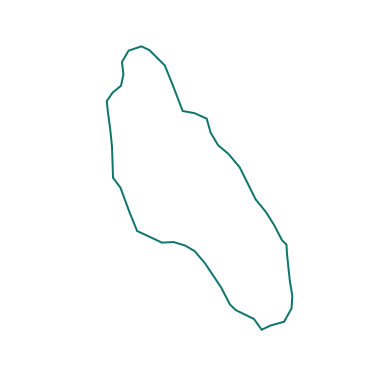 outline of Skara, Västra Götaland, Sweden, rotated 68°
{"feature_id": "70781695B33450377436150", "entity_name": "Skara", "entity_type": "district", "adm_level": 2, "iso_a3": "SWE", "parent_name": "Sweden", "parent_adm1": "Västra Götaland", "projection": "natural_earth1", "projection_center": [13.513, 58.397], "detail": "fine", "context": "isolated", "style": "outline", "palette": "teal", "viewbox_px": 384, "rotation_deg": 68, "n_neighbors": 0, "source": "geoboundaries", "source_scale": "gbopen_adm2", "svg_char_len": 741}
<svg xmlns="http://www.w3.org/2000/svg" viewBox="0 0 384 384"><g transform="rotate(68 192 192)"><path d="M345.8,179.0L345.2,169.2L346.8,155.2L337.2,143.3L325.9,137.9L311.5,134.7L301.9,132.0L285.0,127.1L276.1,124.1L270.6,126.6L253.8,128.2L238.5,130.9L222.5,135.8L187.2,138.5L170.4,143.9L158.4,150.3L143.9,152.5L129.5,150.9L129.0,151.4L119.9,160.1L113.4,170.3L85.4,169.8L64.5,169.8L44.4,178.4L38.0,184.4L37.2,197.9L45.2,208.2L46.1,208.5L57.2,211.5L66.9,218.0L70.1,228.3L75.7,236.9L86.9,240.2L102.1,244.0L120.6,249.4L149.3,259.9L161.2,256.7L186.3,257.5L207.6,257.5L227.7,238.8L231.5,227.8L239.0,218.5L247.8,211.7L262.8,206.7L291.6,200.7L310.4,199.0L317.9,195.7L333.0,182.1L345.8,179.0Z" fill="none" stroke="#0f766e" stroke-width="2"/></g></svg>